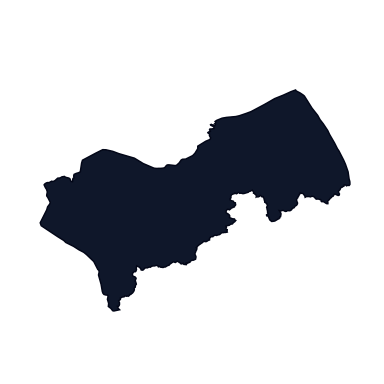 Boon Neua, Phôngsali, Laos, rotated 245°
{"feature_id": "54806243B32733384276808", "entity_name": "Boon Neua", "entity_type": "district", "adm_level": 2, "iso_a3": "LAO", "parent_name": "Laos", "parent_adm1": "Phôngsali", "projection": "natural_earth1", "projection_center": [101.793, 21.686], "detail": "fine", "context": "isolated", "style": "filled", "palette": "ink", "viewbox_px": 384, "rotation_deg": 245, "n_neighbors": 0, "source": "geoboundaries", "source_scale": "gbopen_adm2", "svg_char_len": 6077}
<svg xmlns="http://www.w3.org/2000/svg" viewBox="0 0 384 384"><g transform="rotate(245 192 192)"><path d="M228.2,41.4L225.2,41.1L208.3,51.4L202.3,55.3L199.6,56.3L192.8,61.7L187.4,65.1L183.1,68.4L179.8,70.0L170.5,73.6L161.7,73.9L160.1,74.5L158.5,73.9L156.3,72.2L146.7,70.6L139.8,68.7L138.0,68.5L136.4,68.9L135.2,70.2L134.1,72.0L132.7,71.7L130.5,70.0L126.3,69.4L123.6,67.8L120.8,69.3L118.0,69.9L117.2,70.9L115.9,76.6L117.9,75.9L119.9,76.1L119.4,77.1L120.1,78.2L120.8,78.8L122.4,79.5L124.4,79.5L124.8,81.4L125.3,82.0L126.2,82.3L126.3,84.3L125.7,86.2L126.3,87.2L125.2,88.6L125.3,89.4L124.5,90.0L124.5,90.6L124.7,91.4L125.5,92.1L125.0,93.0L125.1,93.4L125.4,94.2L125.6,95.4L126.6,97.2L127.7,98.4L129.0,98.7L129.6,99.6L129.7,100.3L131.3,101.3L132.0,102.6L134.4,103.0L135.3,102.8L137.5,104.9L139.3,104.4L140.4,103.1L141.5,102.9L142.7,103.3L143.5,104.0L144.0,105.0L144.2,105.8L143.7,107.0L144.0,107.8L145.3,109.0L146.3,109.1L148.5,110.7L145.8,112.7L143.8,113.1L142.8,113.0L142.1,114.1L142.0,114.9L142.3,115.8L142.8,116.5L143.0,117.3L142.7,118.0L142.6,118.7L142.1,119.4L142.1,120.8L141.9,121.9L141.4,122.6L141.8,124.0L141.3,125.9L140.9,126.6L140.5,128.9L139.7,129.8L138.4,129.9L138.4,130.9L137.3,131.6L135.8,133.9L135.7,135.3L135.3,136.2L135.6,138.6L135.5,139.6L135.3,140.1L135.9,141.2L136.5,144.4L136.5,146.1L135.6,146.6L135.1,147.3L135.6,149.2L134.3,150.4L133.6,150.6L132.8,151.3L131.5,151.7L131.1,152.5L131.2,153.9L129.9,154.0L128.6,156.1L128.9,156.4L130.0,156.2L130.1,156.4L130.0,157.6L129.2,158.0L129.6,159.1L129.2,159.9L129.2,160.4L130.0,161.2L130.1,161.7L130.0,163.8L129.6,164.5L129.6,166.8L131.5,168.2L133.4,168.4L134.5,168.2L137.3,171.1L137.7,171.8L138.9,172.6L139.7,172.4L139.6,173.0L140.0,173.2L140.6,174.0L140.8,174.6L140.7,175.3L141.2,176.0L141.3,177.5L141.6,178.8L141.7,179.9L142.4,181.9L142.1,182.4L141.5,182.8L141.0,184.2L141.3,186.6L141.1,187.6L142.6,188.3L142.9,189.1L143.5,190.0L142.7,192.1L143.3,193.0L143.1,193.5L143.3,194.5L142.2,196.0L142.2,197.2L141.8,198.6L141.8,199.4L142.6,201.9L142.0,202.8L141.6,204.4L141.1,205.5L140.8,207.0L141.3,207.0L143.0,208.0L143.8,207.0L144.3,207.1L145.5,208.3L146.5,208.2L146.7,208.3L146.6,209.6L146.1,211.8L146.5,213.3L146.0,215.2L146.8,216.6L147.0,218.1L147.7,219.6L148.5,219.0L149.6,219.1L150.6,217.4L153.0,215.1L154.3,216.1L155.8,216.0L156.6,215.5L157.3,215.3L158.0,214.5L159.5,214.1L159.9,214.7L160.6,215.1L161.3,216.7L161.2,217.3L160.0,218.4L160.5,220.3L160.9,220.9L160.6,222.3L160.8,222.9L160.6,224.1L161.3,224.5L161.4,225.4L161.9,226.1L162.7,226.4L163.2,226.4L163.9,226.7L164.6,225.6L166.1,225.6L167.6,224.0L168.7,223.3L169.8,223.7L170.3,224.9L171.2,224.9L171.9,225.8L172.8,226.3L172.8,228.9L172.6,229.3L173.0,230.4L172.7,230.7L171.7,231.3L171.6,232.3L172.0,233.4L171.9,233.8L171.6,234.3L170.7,234.6L170.2,236.1L169.3,237.0L168.7,238.2L168.0,242.8L168.4,244.2L168.1,245.1L168.2,246.4L168.1,247.5L165.7,247.8L164.9,247.3L164.4,248.0L163.7,248.0L163.0,248.5L162.2,248.7L161.0,248.6L160.3,248.1L160.3,248.7L159.6,249.8L159.7,250.6L159.5,251.2L160.1,252.4L159.5,253.0L158.3,253.2L157.7,254.6L156.9,254.3L155.1,254.7L154.7,254.2L152.9,254.0L152.0,253.6L150.7,254.5L150.1,254.5L149.7,254.9L148.9,254.7L148.0,254.9L147.3,253.9L146.2,253.0L145.4,253.1L144.2,252.6L142.7,252.5L142.1,252.0L141.2,251.8L140.5,252.1L140.0,251.4L139.8,249.9L139.6,249.8L138.6,249.8L138.3,250.7L137.9,250.9L133.9,250.7L131.7,251.7L131.3,252.6L130.7,254.8L131.1,258.6L131.0,259.4L131.4,259.9L131.4,260.5L132.2,260.9L132.2,261.8L134.0,263.1L135.1,263.6L138.3,263.2L137.2,264.8L137.2,265.9L136.5,267.2L135.0,268.3L134.6,269.5L134.8,270.0L134.6,271.0L133.6,272.9L133.8,274.6L134.8,276.2L134.6,277.7L135.8,279.9L135.7,280.6L135.8,281.2L136.6,282.4L137.4,283.0L139.6,283.1L141.2,283.7L142.0,284.9L142.1,285.5L142.8,285.9L143.5,287.3L144.5,288.2L144.7,289.1L145.5,289.7L144.6,290.6L143.7,292.0L140.7,292.6L139.4,292.3L139.5,294.2L138.8,295.1L138.7,295.8L137.5,297.3L137.5,298.7L137.0,299.8L136.3,300.2L135.9,300.8L134.1,301.1L133.0,301.6L133.0,302.2L132.5,302.8L132.3,303.6L131.4,304.3L131.0,305.1L130.0,305.5L128.9,305.2L128.5,305.4L127.7,307.1L125.1,308.7L124.4,309.3L124.0,310.2L125.0,310.7L126.0,310.7L126.9,312.3L127.0,313.2L127.9,314.5L128.1,316.0L128.7,317.0L128.6,318.2L129.9,320.0L129.5,321.0L128.9,321.5L128.5,321.6L128.3,322.0L127.1,323.0L127.0,324.1L127.9,324.8L128.9,324.6L130.9,325.1L131.5,327.0L133.1,328.9L133.1,329.5L132.9,330.4L133.2,331.1L133.1,332.2L134.1,333.0L133.3,334.3L132.3,334.6L132.3,335.7L131.5,337.2L132.1,338.3L133.6,339.0L135.0,339.5L137.5,339.9L144.4,342.0L152.3,342.8L156.9,342.9L167.3,342.5L169.6,342.1L176.1,341.9L186.1,341.0L190.3,341.0L198.2,339.8L203.5,338.6L208.3,338.3L217.2,336.2L231.5,334.4L233.0,333.7L236.0,331.9L239.5,329.2L240.7,329.0L241.1,324.3L241.2,315.6L241.7,306.4L240.7,294.6L239.9,279.4L240.3,274.5L241.1,267.2L241.9,263.5L245.0,254.9L246.2,250.5L246.5,244.8L246.2,242.9L245.9,243.1L244.6,242.6L244.3,241.4L243.3,241.8L242.3,240.6L242.5,240.2L243.9,239.6L244.1,239.3L244.2,238.2L244.9,238.2L245.2,238.0L245.1,237.2L244.6,237.2L242.2,239.1L240.6,239.2L240.1,238.7L240.6,237.6L240.6,236.7L241.1,236.0L241.5,234.7L241.0,234.2L239.5,234.5L239.1,234.3L239.1,233.8L239.4,233.3L239.2,231.5L238.6,231.5L237.6,232.2L237.1,232.4L235.7,231.6L233.1,231.8L232.7,231.2L232.2,231.0L232.0,230.4L232.2,225.9L231.1,216.6L228.9,215.6L225.9,211.1L224.7,208.0L224.5,200.1L225.7,197.2L225.6,195.8L223.8,192.7L222.7,189.1L223.2,187.7L226.4,182.5L227.0,180.9L226.6,179.5L225.7,177.8L225.7,176.4L226.4,174.3L228.5,169.5L229.7,167.6L238.4,159.8L247.0,154.1L257.6,142.0L262.3,137.4L266.6,131.9L268.1,129.0L267.9,121.2L267.1,106.2L264.9,104.2L257.5,99.3L257.4,97.4L257.8,94.8L257.8,92.6L256.6,91.6L254.8,91.0L254.5,90.6L254.6,90.0L254.1,89.4L251.9,88.2L251.9,87.8L252.7,86.8L255.8,86.9L256.9,86.0L258.8,83.6L260.0,83.0L260.7,80.6L260.5,78.4L261.3,76.1L260.3,72.9L260.1,71.5L260.5,70.0L261.1,69.4L260.9,66.3L261.5,65.4L261.8,63.8L261.5,61.9L261.0,61.0L257.8,61.0L255.8,61.3L253.2,60.9L250.6,59.0L249.7,58.7L248.0,59.0L242.6,59.2L241.3,58.1L239.6,54.9L237.2,52.8L228.2,41.4Z" fill="#0f172a" stroke="#020617" stroke-width="1.5"/></g></svg>